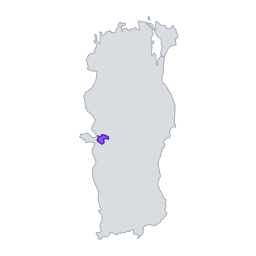 Turkey, with Osmaniye highlighted, rotated 91°
{"feature_id": "TUR-4842", "entity_name": "Osmaniye", "entity_type": "Province", "adm_level": 1, "iso_a3": "TUR", "parent_name": "Turkey", "parent_adm1": "", "projection": "equal_earth", "projection_center": [36.291, 37.313], "detail": "fine", "context": "in_parent", "style": "filled", "palette": "violet", "viewbox_px": 256, "rotation_deg": 91, "n_neighbors": 0, "source": "natural_earth", "source_scale": "10m", "svg_char_len": 4178}
<svg xmlns="http://www.w3.org/2000/svg" viewBox="0 0 256 256"><g transform="rotate(91 128 128)"><path d="M199.5,88.5L203.1,89.8L204.3,88.8L207.5,89.0L210.5,89.7L212.1,87.6L214.1,87.8L214.6,88.9L215.6,89.3L218.7,91.9L218.4,92.3L219.1,93.3L221.8,93.9L222.1,95.3L224.2,97.4L225.4,100.5L224.8,102.8L223.7,104.1L225.5,109.0L225.0,109.6L228.3,111.1L232.3,110.9L233.6,111.6L237.6,115.4L238.7,116.8L235.9,115.0L234.5,116.6L233.8,120.3L229.6,121.0L230.3,123.5L231.5,124.6L231.2,126.9L231.6,127.8L232.8,129.3L232.7,131.4L233.3,133.6L233.4,136.3L235.2,137.1L234.4,138.3L232.6,143.7L232.8,144.1L234.1,144.2L237.2,146.8L236.7,147.6L237.1,151.0L239.8,153.3L239.4,154.4L239.6,155.6L237.7,155.1L233.9,158.2L233.5,158.1L233.0,157.0L232.7,153.9L231.8,153.1L230.6,152.9L228.5,154.3L226.6,154.3L224.7,154.0L219.7,152.1L217.9,152.8L215.9,152.0L212.3,155.8L211.1,156.1L210.6,154.2L209.2,153.2L207.6,154.6L201.2,156.4L198.2,156.7L194.6,156.1L191.6,156.3L183.5,160.5L175.8,162.8L168.8,162.6L164.9,160.0L161.9,159.4L153.0,163.4L148.6,163.3L147.1,161.6L143.8,160.9L143.1,162.5L142.4,166.3L143.5,169.8L141.6,170.0L140.4,170.8L140.1,173.5L138.4,174.5L137.8,176.1L137.5,176.2L134.7,174.8L135.5,173.5L133.7,168.6L134.6,167.1L138.2,163.2L138.1,160.8L136.6,159.2L132.0,162.1L131.6,163.3L130.5,164.1L128.8,164.5L120.7,160.7L115.8,164.0L111.7,168.9L108.6,170.6L99.5,172.0L97.9,172.9L94.8,171.9L93.0,170.6L88.8,165.1L81.0,160.9L72.6,159.9L71.9,161.0L71.5,165.2L70.0,169.3L69.3,169.7L67.5,168.7L61.0,171.0L55.6,168.4L54.6,167.3L53.5,162.6L52.7,162.3L51.8,162.9L50.9,162.9L47.0,160.9L44.9,160.8L43.5,162.7L41.4,163.5L41.4,163.0L42.3,161.7L38.9,161.9L37.1,162.9L34.8,162.3L34.9,161.8L36.9,161.2L41.4,160.5L44.3,157.4L33.7,157.5L32.7,158.2L32.6,156.6L33.2,155.8L36.0,155.3L35.9,153.9L34.2,152.5L32.4,151.8L31.7,148.4L30.8,147.6L30.9,147.1L32.7,146.5L33.1,144.1L32.9,142.6L29.6,141.3L28.8,141.4L28.0,140.1L26.6,139.2L25.4,139.9L22.1,138.0L22.8,136.5L23.6,136.6L23.8,135.4L23.2,133.6L23.3,132.6L24.1,132.3L24.9,132.5L25.7,133.6L25.7,135.8L26.6,137.1L27.3,135.8L28.8,136.5L31.6,135.8L32.2,135.3L30.2,135.3L29.4,134.8L27.9,131.3L29.7,130.3L31.0,128.6L28.7,127.4L29.2,125.0L27.4,122.3L30.2,118.9L30.1,118.4L29.2,118.2L20.8,119.6L20.8,118.1L21.5,116.7L21.6,113.4L22.0,111.6L23.6,111.1L25.6,108.5L28.8,105.4L31.9,105.5L33.3,104.6L35.1,104.6L35.6,105.8L37.3,106.6L40.2,106.5L41.6,105.7L40.3,104.2L42.0,103.7L43.3,104.0L42.6,105.7L42.9,105.9L46.7,105.4L50.7,105.8L55.1,105.6L55.6,105.0L52.6,103.4L54.6,101.9L55.7,101.6L64.9,100.3L65.0,99.9L59.4,99.2L56.6,97.2L55.8,96.2L56.5,93.6L57.1,93.0L59.1,92.9L66.0,94.0L70.9,93.3L76.2,95.0L81.4,94.7L82.4,93.9L83.8,91.5L91.1,87.4L93.7,85.3L105.0,81.2L121.8,81.9L124.7,80.3L126.4,80.8L125.9,81.9L126.0,82.9L128.0,85.3L131.0,86.7L135.2,85.5L136.7,86.0L138.2,89.9L140.8,92.1L142.0,92.3L143.5,91.0L145.0,90.8L147.5,92.1L148.4,93.5L156.4,95.1L158.1,96.3L163.6,97.4L175.6,94.7L180.0,96.6L183.7,97.2L185.3,96.9L190.1,94.7L191.6,93.4L194.7,92.4L198.4,89.9L199.5,88.5ZM44.5,81.7L44.1,83.4L44.8,85.3L46.4,87.9L48.0,89.3L56.1,92.8L54.8,96.2L52.8,96.7L45.8,95.1L42.9,96.4L40.9,96.1L38.0,96.7L37.1,98.7L35.0,101.0L29.2,103.9L23.8,109.6L22.3,110.3L23.1,108.4L23.1,106.7L25.4,104.7L28.7,103.2L29.6,102.0L21.6,102.2L20.9,100.4L21.8,100.1L24.5,97.0L24.8,95.7L24.7,92.7L27.9,90.9L28.2,90.2L27.8,87.2L24.9,85.5L25.0,84.6L27.2,83.8L28.5,81.8L31.6,81.4L33.1,80.4L35.8,79.8L39.0,82.4L43.0,81.4L44.5,81.7ZM19.7,109.4L17.0,109.9L16.2,109.4L17.1,108.5L19.2,107.9L19.8,108.8L19.7,109.4Z" fill="#d9dde1" stroke="#a8b0b8" stroke-width="1"/><path d="M139.3,147.4L139.3,148.6L139.0,149.1L138.7,149.5L138.6,149.9L138.8,150.4L138.9,150.5L139.0,150.7L139.1,151.8L139.6,152.4L139.8,152.2L140.0,152.1L140.4,152.3L140.8,152.2L141.2,152.0L141.6,151.9L142.5,151.7L143.0,151.9L143.4,152.2L144.0,152.8L144.5,153.6L144.0,154.2L143.5,155.0L142.9,156.3L142.1,157.4L141.6,157.9L141.3,158.4L140.8,158.5L140.2,158.5L139.7,158.2L139.3,157.8L138.8,157.6L138.2,157.7L137.7,157.7L137.2,157.6L136.7,157.7L137.1,156.7L137.2,155.9L137.1,155.0L137.0,154.8L136.7,154.5L135.9,154.4L135.6,154.4L135.3,153.3L135.3,152.1L136.1,150.0L136.8,148.4L137.3,147.5L138.4,147.4L139.3,147.4Z" fill="#8b5cf6" stroke="#5b21b6" stroke-width="1.5"/></g></svg>